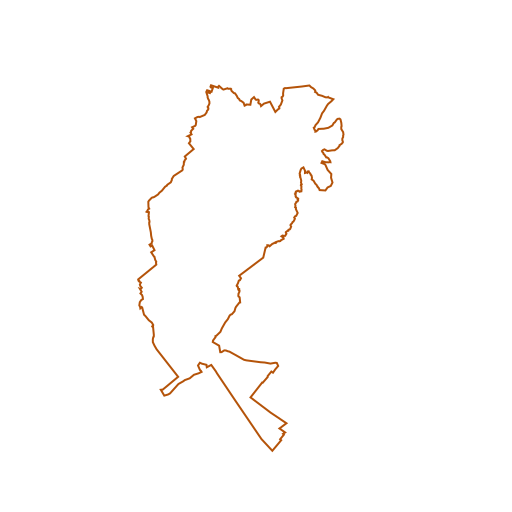 the district of Vetagrande, Zacatecas, Mexico, rotated 140°
{"feature_id": "50627088B7628264143957", "entity_name": "Vetagrande", "entity_type": "district", "adm_level": 2, "iso_a3": "MEX", "parent_name": "Mexico", "parent_adm1": "Zacatecas", "projection": "mercator", "projection_center": [-102.495, 22.871], "detail": "fine", "context": "isolated", "style": "outline", "palette": "amber", "viewbox_px": 512, "rotation_deg": 140, "n_neighbors": 0, "source": "geoboundaries", "source_scale": "gbopen_adm2", "svg_char_len": 6147}
<svg xmlns="http://www.w3.org/2000/svg" viewBox="0 0 512 512"><g transform="rotate(140 256 256)"><path d="M174.3,405.2L175.0,410.1L176.9,409.9L177.0,409.6L180.7,415.7L182.1,414.9L182.2,414.2L181.1,412.4L184.5,410.4L185.0,411.2L186.6,410.4L187.5,411.8L185.8,412.7L186.9,414.4L188.7,413.6L190.4,409.4L191.1,408.6L191.6,407.3L191.9,405.7L192.5,404.2L193.6,402.8L195.7,401.7L197.1,401.4L197.5,400.7L197.3,400.3L197.8,399.4L198.6,398.9L200.2,398.7L201.6,397.7L204.6,397.0L209.8,398.6L210.2,399.3L211.5,400.1L214.3,400.7L215.0,397.7L217.9,395.1L218.9,394.8L222.2,395.7L222.3,393.8L225.2,393.6L226.1,392.7L226.8,392.7L227.2,390.6L231.2,391.6L230.7,390.8L230.6,389.6L230.9,389.1L231.0,388.1L232.6,386.0L234.9,385.5L235.0,378.0L246.6,378.0L247.1,375.5L249.3,375.1L250.4,374.2L250.8,374.4L252.7,372.3L255.4,371.1L256.4,369.5L256.9,369.2L257.4,369.0L267.6,370.2L271.0,369.1L271.5,368.4L273.9,367.2L278.3,367.6L278.9,367.2L281.1,367.5L286.2,366.5L289.3,366.6L291.4,366.1L295.8,366.6L296.9,366.9L297.8,367.5L298.7,367.6L302.4,367.2L303.6,366.8L307.0,362.5L307.4,360.9L308.9,361.1L309.8,360.5L311.4,360.2L311.1,359.6L310.2,359.2L309.8,358.4L312.7,355.7L312.8,355.0L314.3,353.5L314.7,352.1L315.7,350.5L316.3,350.3L317.4,348.9L321.3,341.8L323.3,338.9L324.8,336.1L325.1,334.9L325.9,333.9L327.0,333.5L327.9,332.7L330.3,333.1L330.6,331.1L328.8,330.7L330.0,325.7L333.9,326.2L334.5,321.1L334.3,320.7L335.7,317.8L336.1,315.7L337.0,315.1L337.9,313.5L361.3,313.8L361.6,313.1L361.5,312.3L361.9,312.3L361.9,311.6L361.3,309.6L363.3,308.8L363.9,307.4L363.9,305.1L365.6,304.8L366.0,305.5L366.6,302.1L368.6,301.6L368.4,299.3L369.1,297.5L370.3,295.7L372.3,296.0L374.7,295.3L377.1,293.2L377.5,291.5L378.2,290.3L376.4,290.4L376.3,289.7L379.5,283.0L379.3,281.1L379.4,275.7L378.6,272.0L379.1,269.2L380.8,268.8L380.8,267.9L380.4,267.9L385.0,261.2L386.2,259.9L386.8,259.9L388.5,258.6L390.4,256.3L391.4,252.5L392.1,248.5L393.3,213.5L413.2,213.6L414.9,214.7L416.0,208.0L412.3,206.4L410.2,206.0L397.7,207.8L392.3,206.8L390.3,206.7L385.4,204.9L379.9,204.9L375.3,203.0L372.2,202.2L372.0,203.5L372.2,204.7L370.8,209.4L367.6,210.3L366.6,208.2L363.9,204.5L365.2,202.4L360.3,201.3L360.9,193.5L361.3,191.2L364.8,158.5L369.5,112.2L368.7,96.3L355.1,98.7L355.3,100.1L349.5,101.2L349.6,102.4L347.1,102.1L348.9,108.8L340.2,108.3L345.5,126.7L351.1,151.2L332.6,155.1L332.3,154.6L324.8,155.8L324.3,156.5L318.5,157.6L318.0,155.7L314.0,156.8L309.7,157.5L308.8,160.7L309.8,161.8L314.1,164.3L317.8,168.8L320.8,171.7L330.5,182.3L331.9,184.2L337.8,199.8L338.8,201.1L339.8,203.0L341.0,204.1L344.2,204.5L345.2,205.3L341.9,211.0L344.4,217.9L343.2,218.9L339.1,219.9L338.6,220.7L337.5,220.4L332.0,220.8L328.7,222.5L322.3,224.9L318.2,225.7L314.5,227.3L313.2,227.4L311.9,226.9L308.0,227.5L305.2,229.4L304.0,229.9L298.7,231.0L298.0,230.6L295.4,234.4L295.1,234.9L295.4,236.3L295.1,236.9L293.5,238.5L292.5,238.8L291.4,239.5L291.0,239.9L291.3,240.7L291.2,241.2L290.3,241.2L290.1,241.5L290.9,242.1L289.8,244.0L289.7,244.5L290.1,245.1L289.9,245.7L287.2,246.8L285.0,248.2L283.9,247.8L281.8,248.6L281.6,251.7L251.5,250.1L243.2,256.3L242.7,255.9L241.3,256.0L240.4,257.0L239.4,256.0L239.3,254.7L235.6,254.8L234.3,254.3L233.5,254.3L232.5,253.3L232.2,253.3L231.9,253.9L229.2,252.9L228.6,252.2L227.7,251.8L227.1,252.1L223.7,251.4L223.2,252.4L223.8,254.7L222.5,254.6L221.6,253.4L220.7,252.7L218.4,253.5L218.2,254.7L217.8,255.1L215.5,255.0L215.0,254.6L214.2,255.2L213.0,254.7L212.3,254.8L210.1,256.0L209.9,257.3L209.3,257.8L207.4,257.9L206.1,258.5L205.3,258.3L203.8,258.8L202.2,259.6L202.0,260.9L200.5,261.3L199.4,260.9L196.4,262.2L195.3,266.3L194.4,267.2L194.7,268.2L193.6,268.9L192.8,270.4L192.3,270.8L190.8,271.1L190.2,271.6L189.0,271.1L187.9,271.6L187.7,272.6L187.1,272.5L186.8,272.8L187.4,275.0L187.6,275.2L187.4,276.1L187.0,276.3L186.9,276.8L186.4,277.3L186.3,278.1L186.0,278.0L185.7,278.6L185.1,278.6L184.9,279.2L184.2,279.3L184.0,279.7L183.3,279.6L182.6,279.1L181.8,279.1L181.3,278.2L181.4,277.3L179.7,276.4L179.2,277.1L178.6,277.3L177.8,278.8L176.7,279.8L176.2,280.6L176.3,281.0L175.8,281.2L175.6,281.7L174.9,281.6L174.4,283.3L173.0,284.5L171.7,287.1L171.5,288.1L170.8,288.6L170.9,288.9L170.4,289.5L170.4,289.9L169.9,290.1L169.6,291.1L166.5,293.2L165.0,293.8L162.7,293.4L163.7,289.7L165.1,288.1L163.3,287.3L163.2,286.9L162.2,287.6L161.2,287.0L161.6,285.7L161.4,284.3L161.9,283.0L161.7,282.5L161.8,281.8L162.9,279.8L164.1,278.9L163.5,276.7L164.1,273.3L163.9,271.5L164.3,270.0L164.1,269.5L164.5,268.9L164.2,267.6L164.9,265.6L160.7,261.6L157.1,262.5L153.7,261.6L150.2,263.1L148.2,267.7L145.6,270.4L145.8,275.9L144.3,281.0L144.3,282.1L146.0,285.2L144.3,286.0L142.5,283.2L140.2,281.1L139.4,280.7L138.7,280.0L138.2,280.9L137.7,284.4L138.2,285.9L138.8,286.3L138.4,289.7L138.7,290.5L138.2,291.7L138.3,292.9L138.0,294.0L136.4,294.1L135.0,293.7L134.1,291.1L133.4,290.2L129.9,288.1L127.7,286.4L124.1,286.1L121.2,286.7L120.8,287.2L118.3,286.9L116.5,287.2L115.9,287.9L115.4,289.3L114.3,290.5L112.8,291.1L111.8,292.3L111.0,292.7L109.6,294.9L109.1,298.4L107.7,300.1L107.0,300.4L105.1,303.1L103.5,306.3L103.7,307.5L105.2,308.5L106.3,308.6L109.8,307.7L110.9,307.9L113.6,306.9L118.2,307.7L122.2,309.9L126.5,313.2L128.0,312.7L130.1,312.8L130.6,313.1L129.8,313.9L130.0,314.9L129.3,317.1L128.3,317.0L126.3,318.0L122.6,318.5L117.8,320.5L113.7,322.8L110.6,323.5L105.0,325.6L103.0,326.1L98.6,326.1L96.0,326.4L98.8,331.3L98.7,331.5L99.5,331.7L100.8,333.0L102.4,336.2L104.8,339.6L104.6,342.1L105.3,343.7L104.6,344.1L104.2,344.8L104.4,347.5L105.3,350.0L105.5,352.3L112.0,356.4L125.2,365.3L125.8,366.0L127.2,366.3L130.7,363.2L132.1,361.4L133.3,361.0L134.3,361.2L134.9,360.6L135.8,358.2L139.7,356.0L142.5,355.5L143.0,354.2L143.3,354.0L145.0,354.2L148.6,353.9L146.1,365.2L151.9,367.6L155.8,367.6L155.1,369.3L155.1,370.0L155.8,371.2L155.7,372.0L154.1,373.1L153.7,374.0L153.9,374.6L155.5,375.5L155.7,376.2L155.4,379.0L159.0,378.9L163.1,375.5L166.0,378.3L166.7,378.1L168.1,378.5L167.0,381.4L167.7,384.3L168.3,385.2L168.3,386.2L168.0,387.0L168.4,388.8L167.8,391.0L167.5,394.1L168.2,395.0L168.6,398.1L168.1,399.5L167.7,399.9L167.8,400.4L169.5,401.7L169.9,402.2L170.0,402.8L173.9,404.4L174.3,405.2Z" fill="none" stroke="#b45309" stroke-width="2"/></g></svg>